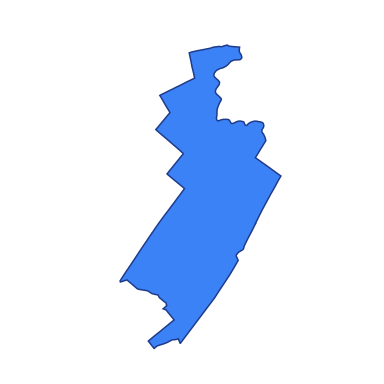 Giuvarasti, Olt, Romania, rotated 140°
{"feature_id": "2599482B24226861193940", "entity_name": "Giuvarasti", "entity_type": "district", "adm_level": 2, "iso_a3": "ROU", "parent_name": "Romania", "parent_adm1": "Olt", "projection": "albers", "projection_center": [24.689, 43.784], "detail": "fine", "context": "isolated", "style": "filled", "palette": "blue", "viewbox_px": 384, "rotation_deg": 140, "n_neighbors": 0, "source": "geoboundaries", "source_scale": "gbopen_adm2", "svg_char_len": 4887}
<svg xmlns="http://www.w3.org/2000/svg" viewBox="0 0 384 384"><g transform="rotate(140 192 192)"><path d="M304.3,170.1L304.7,169.1L298.3,166.4L298.3,166.2L296.1,152.9L295.2,151.5L289.4,144.7L289.3,144.3L288.1,140.1L286.5,137.8L284.2,134.9L284.9,132.1L284.8,131.5L284.5,129.9L284.3,128.8L284.3,128.7L284.2,128.5L283.8,126.0L283.2,123.9L284.4,121.2L289.2,121.1L289.1,120.9L287.7,118.4L287.8,113.9L287.9,105.5L294.7,105.6L302.2,105.7L305.9,105.7L312.9,105.9L321.3,105.9L321.5,99.8L321.6,96.5L321.0,96.4L320.0,96.6L319.3,96.5L318.9,96.6L318.0,96.5L317.5,96.4L316.2,95.9L314.8,95.4L313.2,94.7L311.3,93.9L310.8,93.7L307.9,92.7L306.5,92.4L306.4,92.4L305.8,92.3L305.1,92.1L302.2,91.5L301.4,90.9L301.1,90.6L300.8,90.4L300.2,90.0L299.7,89.7L298.7,89.1L297.5,88.6L297.0,88.4L296.9,88.4L297.3,87.1L298.2,84.1L298.3,83.8L298.3,83.7L298.2,83.6L297.5,83.7L297.3,83.8L243.0,96.3L234.2,99.0L217.7,103.9L215.2,104.7L209.4,106.7L200.6,109.9L200.0,112.0L199.7,112.9L199.4,114.2L199.3,114.6L199.1,114.9L198.8,115.2L198.3,115.3L197.2,115.6L195.9,115.8L195.0,115.9L194.2,115.8L193.5,115.7L190.6,115.2L189.7,115.2L189.1,115.4L188.2,115.9L187.4,116.6L186.9,117.0L186.6,117.1L181.5,119.4L176.3,121.6L170.8,123.8L165.4,126.2L163.3,127.0L163.5,127.2L160.4,128.5L155.2,130.8L149.9,133.1L144.6,135.2L139.3,137.3L134.1,139.4L128.8,141.3L123.8,143.2L118.6,145.3L115.5,146.4L113.6,147.1L113.9,148.3L114.3,149.7L114.8,151.7L116.4,158.1L117.8,163.8L119.3,169.5L121.4,177.6L118.7,178.4L111.7,180.8L106.2,182.6L103.2,183.6L102.5,183.8L101.3,186.1L100.7,187.6L100.4,189.3L100.1,189.9L100.0,190.5L100.0,192.2L99.6,193.3L98.9,194.3L97.8,194.9L96.2,195.4L95.3,195.8L94.3,196.7L93.7,197.8L93.4,198.6L93.4,199.7L93.7,200.4L94.4,201.6L95.7,203.0L96.7,204.4L97.6,205.3L98.4,206.0L99.7,206.7L102.0,207.6L103.6,208.0L105.3,208.1L106.7,207.8L107.4,207.9L107.9,208.6L108.2,209.3L108.2,209.8L107.7,210.9L107.4,211.8L107.3,212.4L108.1,213.7L109.1,215.0L110.5,216.2L112.1,217.0L115.1,217.8L116.4,218.2L117.5,218.9L117.8,219.6L117.6,221.0L117.3,222.3L117.3,223.5L118.0,224.7L119.7,226.2L121.1,227.4L123.6,228.7L125.4,229.3L126.5,229.9L126.7,230.7L126.6,231.4L126.0,232.4L125.9,232.8L124.2,234.2L122.3,236.2L121.3,237.4L120.1,238.7L119.0,239.5L117.7,240.4L115.5,241.6L112.7,242.9L110.9,243.5L109.9,244.2L109.6,244.9L109.6,246.0L109.9,248.9L110.2,250.8L110.2,252.4L109.9,253.3L109.2,254.2L108.0,255.1L106.9,255.6L104.9,256.1L102.7,256.6L101.8,257.1L100.8,257.9L100.2,258.6L100.2,259.4L100.2,261.2L100.7,264.2L100.7,265.9L100.5,266.9L100.0,267.6L98.9,268.4L98.1,268.8L97.1,269.0L96.0,269.3L94.4,269.3L91.3,268.6L88.3,267.2L84.9,266.5L82.9,266.5L81.4,266.6L80.0,266.9L78.1,267.0L76.9,266.7L74.7,265.9L72.8,264.4L70.6,262.8L69.5,262.4L68.3,262.5L67.5,262.9L66.8,264.0L66.1,265.7L65.9,267.5L65.4,269.3L64.6,270.3L62.4,272.4L66.2,276.1L69.8,279.8L70.2,280.9L70.6,282.0L72.7,282.9L73.4,283.4L74.2,283.5L75.8,284.2L76.2,284.5L77.1,285.5L78.1,286.4L78.8,286.9L80.1,287.5L80.7,288.1L82.9,289.4L85.4,290.3L91.4,293.6L97.3,296.9L102.1,299.4L103.4,299.9L104.7,300.4L109.2,292.0L111.8,287.4L113.9,283.0L116.2,278.7L116.7,277.6L116.8,277.5L121.4,278.7L125.3,279.7L129.3,280.6L133.2,281.5L137.0,282.5L140.9,283.4L144.8,284.4L148.7,285.3L152.6,286.3L154.6,286.7L154.9,284.4L155.3,282.0L155.8,279.6L156.2,277.2L156.6,274.8L157.0,272.4L157.3,270.1L157.7,267.7L157.8,267.0L178.2,263.3L178.6,263.3L179.3,263.1L179.6,263.1L179.5,262.1L178.9,258.4L178.4,255.0L178.3,254.4L178.2,253.9L178.1,253.7L178.0,252.8L177.6,250.6L177.3,248.8L177.2,248.3L177.2,248.2L177.1,247.4L176.9,246.3L176.5,244.0L176.1,241.5L176.0,240.8L176.0,240.6L175.9,240.3L175.5,237.5L175.4,237.4L175.4,237.2L175.0,234.7L175.0,234.4L174.9,234.3L174.9,234.2L174.8,233.2L174.6,232.4L174.6,232.1L174.3,229.4L173.9,227.2L174.3,226.9L174.9,226.7L175.2,226.7L175.6,226.6L178.2,226.2L178.4,226.1L178.5,226.1L182.4,225.3L193.2,223.2L197.7,222.3L199.5,221.9L199.5,221.4L199.1,219.3L198.8,217.4L198.2,214.3L198.0,213.0L197.9,212.2L197.6,210.9L196.8,206.5L195.9,201.5L195.6,199.5L195.6,199.4L196.9,199.1L199.4,198.5L201.6,198.0L203.4,197.5L203.5,197.5L206.2,196.9L207.5,196.6L210.3,195.9L210.5,195.9L211.4,195.6L214.6,194.9L216.5,194.5L221.3,193.3L224.8,192.5L225.9,192.3L227.7,191.9L230.4,191.2L230.7,191.2L231.2,191.0L231.4,191.0L231.5,191.0L232.2,190.8L236.6,189.7L238.2,189.3L241.2,188.5L242.7,188.1L243.1,188.0L243.5,187.9L244.4,187.6L246.4,187.0L246.5,187.0L246.6,186.9L248.2,186.5L248.4,186.5L248.4,186.4L249.4,186.2L250.6,185.8L250.8,185.8L252.8,185.3L253.1,185.2L254.3,184.8L256.2,184.3L256.3,184.3L257.3,183.9L258.1,183.7L258.7,183.5L258.9,183.5L259.5,183.3L262.0,182.6L265.2,181.7L267.7,181.0L273.4,179.3L276.0,178.5L284.9,175.9L286.9,175.3L288.2,175.0L288.3,174.9L291.1,174.1L292.0,173.9L294.7,173.1L295.3,172.9L295.9,172.7L296.2,172.6L296.7,172.5L297.4,172.3L297.6,172.2L297.9,172.1L298.0,172.0L298.9,171.8L300.9,171.2L304.3,170.1Z" fill="#3b82f6" stroke="#1e3a8a" stroke-width="1.5"/></g></svg>